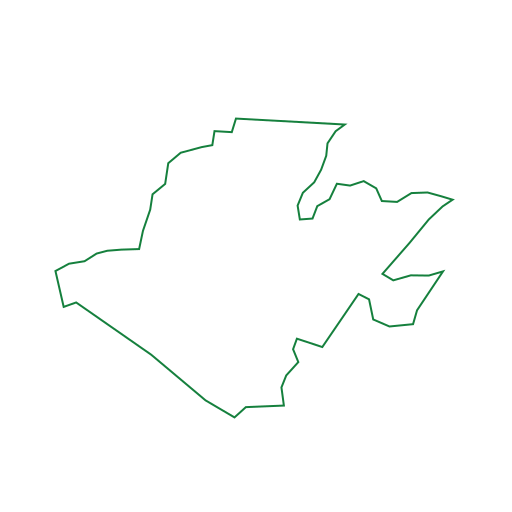 Harmonia, Rio Grande do Sul, Brazil, rotated 294°
{"feature_id": "56859067B90836934538092", "entity_name": "Harmonia", "entity_type": "district", "adm_level": 2, "iso_a3": "BRA", "parent_name": "Brazil", "parent_adm1": "Rio Grande do Sul", "projection": "robinson", "projection_center": [-51.418, -29.546], "detail": "fine", "context": "isolated", "style": "outline", "palette": "green", "viewbox_px": 512, "rotation_deg": 294, "n_neighbors": 0, "source": "geoboundaries", "source_scale": "gbopen_adm2", "svg_char_len": 991}
<svg xmlns="http://www.w3.org/2000/svg" viewBox="0 0 512 512"><g transform="rotate(294 256 256)"><path d="M353.2,167.3L339.5,171.0L333.4,162.1L319.7,145.2L305.1,138.1L284.9,143.7L270.3,136.4L255.3,140.5L233.0,142.5L214.8,146.4L207.1,130.5L200.3,118.0L193.4,109.4L181.5,101.5L172.9,88.3L160.7,78.9L131.3,101.0L140.4,110.6L123.2,200.4L103.6,268.6L99.8,302.0L113.8,308.2L120.7,322.1L130.7,342.3L146.3,332.7L159.2,332.2L176.3,337.8L185.9,327.8L197.1,327.0L199.8,353.6L263.0,365.1L262.4,376.9L245.7,388.9L245.9,406.6L257.6,427.2L271.9,425.2L318.0,433.1L308.4,421.8L301.3,405.3L289.6,391.3L291.1,378.8L330.3,390.9L359.7,399.0L377.2,406.3L387.4,412.7L385.9,400.9L383.8,386.9L376.7,372.4L362.8,362.9L357.4,348.6L366.7,338.3L368.2,323.9L358.6,313.3L354.9,300.5L337.8,300.1L326.5,291.7L313.2,292.4L307.2,281.2L319.0,273.5L332.8,273.1L347.0,279.2L361.3,280.4L376.1,279.4L388.0,275.5L402.4,278.0L412.2,283.6L373.4,181.8L359.3,183.5L353.2,167.3Z" fill="none" stroke="#15803d" stroke-width="2"/></g></svg>